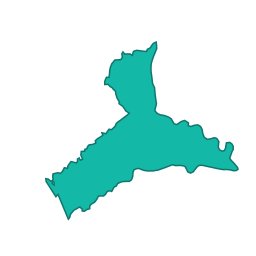 the district of Formosa do Oeste, Paraná, Brazil, rotated 72°
{"feature_id": "56859067B90893181412496", "entity_name": "Formosa do Oeste", "entity_type": "district", "adm_level": 2, "iso_a3": "BRA", "parent_name": "Brazil", "parent_adm1": "Paraná", "projection": "albers", "projection_center": [-53.335, -24.297], "detail": "fine", "context": "isolated", "style": "filled", "palette": "teal", "viewbox_px": 256, "rotation_deg": 72, "n_neighbors": 0, "source": "geoboundaries", "source_scale": "gbopen_adm2", "svg_char_len": 2699}
<svg xmlns="http://www.w3.org/2000/svg" viewBox="0 0 256 256"><g transform="rotate(72 128 128)"><path d="M54.9,74.7L55.4,77.8L56.8,79.9L58.6,82.0L59.2,85.4L60.9,86.6L60.1,88.9L56.8,95.7L56.8,99.1L60.3,101.5L58.2,103.2L57.3,106.0L56.7,108.3L54.1,109.3L55.5,110.9L59.1,111.6L60.8,113.7L59.3,119.5L61.9,123.6L65.1,126.2L67.8,127.7L71.7,129.3L74.0,130.5L73.1,132.8L74.7,134.3L76.5,135.7L79.5,136.7L80.3,133.5L83.2,132.1L84.8,130.6L86.7,130.0L89.0,128.6L92.0,129.1L93.9,129.1L96.6,129.1L100.3,128.2L102.1,129.0L105.7,126.3L107.9,125.6L111.2,124.8L114.2,122.2L115.5,124.7L116.4,127.4L117.3,130.1L118.4,133.0L119.0,135.3L120.0,137.7L122.2,139.5L123.4,141.8L124.5,144.1L123.3,146.4L125.0,148.8L126.6,150.6L124.5,154.3L127.2,154.2L128.1,157.3L128.7,160.2L130.0,163.0L132.4,163.3L132.7,166.5L132.0,170.0L133.1,172.2L134.9,173.3L135.0,175.7L136.7,176.4L135.8,179.7L139.2,181.2L143.7,180.8L143.9,183.2L141.4,183.7L141.9,185.7L143.9,186.2L145.3,187.8L142.3,192.6L143.5,194.3L145.3,196.7L147.6,198.1L146.1,200.8L149.1,203.8L150.3,206.4L149.1,208.0L148.7,210.0L148.5,213.5L150.9,214.6L153.2,215.0L155.0,216.1L154.3,218.2L152.0,219.6L150.8,221.8L153.5,222.4L171.1,217.8L169.5,215.1L196.3,212.9L194.9,210.9L192.5,209.6L191.4,207.9L189.5,205.0L188.8,201.4L188.2,198.3L190.9,196.7L192.8,197.2L193.7,195.3L192.8,192.1L193.0,189.4L190.2,188.4L189.0,186.2L188.3,182.7L186.1,179.6L183.7,177.3L184.2,174.8L185.1,172.3L184.2,170.0L181.9,167.3L182.1,164.7L183.3,163.1L181.4,161.0L179.8,159.4L179.6,157.0L177.6,155.0L177.3,152.2L177.2,150.2L178.0,147.0L179.2,143.2L178.3,140.6L175.6,138.5L172.0,137.1L169.6,135.3L169.4,132.5L169.8,130.2L172.0,127.6L173.4,125.6L174.8,122.8L175.6,120.3L176.6,117.2L177.0,114.2L177.3,112.1L177.1,105.0L176.7,97.1L178.4,94.5L179.8,89.7L181.1,87.0L182.5,85.5L184.9,85.2L188.4,84.6L190.2,82.4L189.9,79.7L186.5,74.6L185.6,72.5L185.8,70.5L187.0,67.8L189.9,63.0L191.2,60.6L194.0,55.9L197.2,49.9L197.8,47.3L199.6,43.3L201.2,40.9L201.9,38.5L201.4,36.2L199.4,36.0L194.6,37.9L190.6,39.9L188.1,40.6L182.4,36.2L180.8,34.5L177.9,33.6L175.3,34.1L173.1,35.7L172.5,39.0L177.2,41.4L179.2,43.2L179.1,45.6L177.0,47.7L174.1,48.1L169.0,45.8L165.4,46.8L163.9,48.8L163.8,53.2L163.2,56.2L160.4,58.3L157.0,58.6L152.1,58.0L149.1,58.5L146.7,60.4L145.9,63.9L146.0,67.7L144.4,70.0L141.8,68.9L138.3,71.8L138.3,75.6L139.8,80.4L138.3,82.9L135.2,83.5L132.7,84.0L130.2,86.0L128.7,87.8L126.8,90.5L125.4,93.3L123.4,95.5L120.6,96.9L118.7,96.7L115.4,94.4L113.2,93.3L110.8,93.0L105.3,92.0L97.7,90.3L93.5,90.9L85.9,89.4L81.7,88.7L79.2,88.0L75.0,86.5L73.0,85.4L69.9,83.2L67.8,81.6L61.3,76.1L57.0,75.0L54.9,74.7ZM155.0,216.1L156.9,215.0L159.4,216.0L157.4,217.3L155.0,216.1Z" fill="#14b8a6" stroke="#0f766e" stroke-width="1.5"/></g></svg>